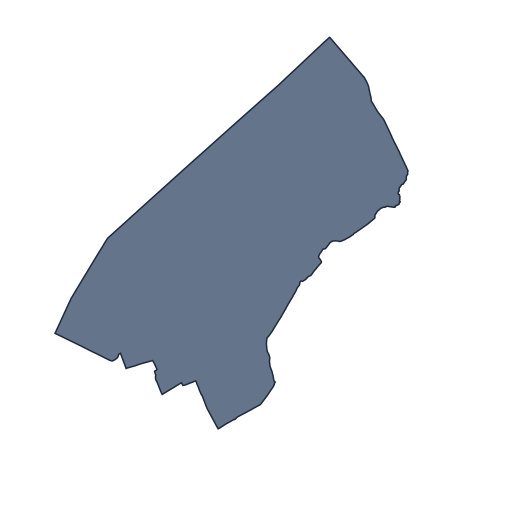 the district of Voicesti, Vâlcea, Romania, rotated 228°
{"feature_id": "2599482B9823513277146", "entity_name": "Voicesti", "entity_type": "district", "adm_level": 2, "iso_a3": "ROU", "parent_name": "Romania", "parent_adm1": "Vâlcea", "projection": "mercator", "projection_center": [24.291, 44.596], "detail": "fine", "context": "isolated", "style": "filled", "palette": "slate", "viewbox_px": 512, "rotation_deg": 228, "n_neighbors": 0, "source": "geoboundaries", "source_scale": "gbopen_adm2", "svg_char_len": 5984}
<svg xmlns="http://www.w3.org/2000/svg" viewBox="0 0 512 512"><g transform="rotate(228 256 256)"><path d="M368.6,248.7L368.6,223.7L368.6,223.2L368.6,211.6L368.6,211.1L368.6,198.5L368.5,195.6L368.6,191.3L368.5,184.5L368.5,176.6L368.5,172.3L368.5,171.8L368.5,169.4L368.5,164.9L368.5,162.0L368.5,158.6L368.5,158.3L368.5,157.6L368.2,156.5L366.7,151.3L366.6,150.8L366.5,150.7L365.8,148.6L364.2,142.9L359.3,126.7L356.7,118.2L356.4,117.1L356.2,116.4L349.8,95.5L348.2,90.3L348.1,89.9L348.0,89.7L347.7,89.2L346.3,85.8L333.0,54.9L308.3,64.9L301.9,67.4L295.4,69.9L289.7,72.3L276.3,77.5L274.2,78.9L273.6,80.7L273.2,82.6L273.2,84.5L273.5,85.8L273.8,86.6L274.8,88.1L274.4,90.2L259.3,84.2L259.1,84.9L256.8,89.7L255.3,92.6L253.5,97.1L251.8,100.6L249.7,104.7L247.6,109.1L245.7,108.9L241.2,107.6L238.3,106.7L237.8,105.5L238.2,104.2L238.2,103.5L234.0,101.4L233.4,100.3L232.4,99.5L230.8,98.6L228.8,98.2L218.3,94.3L215.9,93.6L215.0,98.3L211.7,115.8L208.8,115.0L207.5,117.0L203.6,127.5L202.6,127.5L201.2,126.8L200.6,126.5L198.4,125.9L196.0,124.9L194.4,124.2L190.1,122.8L189.0,122.5L188.8,122.5L188.5,122.5L188.1,122.6L187.8,122.4L185.8,121.6L177.8,118.5L175.6,117.7L174.5,117.4L162.1,114.4L157.2,113.2L152.9,112.2L152.4,114.1L151.4,120.8L149.3,129.9L149.1,130.7L148.8,130.7L148.6,131.7L148.6,131.9L148.9,133.7L148.8,134.1L148.4,136.2L146.1,145.2L143.4,156.8L142.7,159.5L142.7,159.9L142.8,160.6L143.0,161.9L143.7,165.5L144.9,171.5L146.4,177.4L147.4,181.7L147.8,182.5L148.4,183.7L149.1,184.9L149.3,185.4L149.4,186.0L150.3,185.7L151.1,185.9L152.7,186.7L155.2,188.3L159.3,190.5L164.6,192.6L165.4,193.1L167.1,194.4L168.8,195.6L169.5,196.4L171.3,198.3L173.5,199.3L175.0,199.9L176.4,200.2L177.6,200.6L180.0,202.1L181.0,202.9L183.3,204.6L185.5,206.7L186.7,208.2L187.2,208.7L187.7,209.2L188.0,212.1L188.2,213.1L188.4,214.0L188.6,214.9L189.5,218.8L189.8,219.5L193.3,231.2L193.3,231.9L194.5,235.3L194.8,236.1L194.9,236.6L195.4,238.1L195.7,239.1L195.9,239.7L196.3,240.6L196.4,241.2L196.5,241.8L196.5,242.1L197.2,243.4L197.9,245.5L198.0,246.1L198.6,247.4L199.2,249.7L199.5,250.4L199.7,251.1L199.9,251.8L200.2,252.4L200.5,253.8L200.9,255.2L201.9,257.7L202.2,258.9L202.8,260.6L203.0,261.5L204.1,264.0L204.4,264.5L204.8,265.6L205.0,266.7L205.2,268.1L205.3,268.5L205.7,269.4L206.2,270.0L206.8,270.8L207.3,271.7L207.3,271.9L207.3,272.4L207.0,272.9L206.7,273.2L206.2,273.5L205.9,274.1L205.8,274.8L205.4,276.8L205.4,277.6L205.4,278.1L205.5,278.5L205.5,279.1L205.7,280.1L205.7,280.8L205.5,281.7L205.4,282.3L205.3,282.5L205.0,283.1L204.9,283.4L204.9,283.8L204.9,284.1L205.1,285.4L205.4,286.6L205.6,287.3L206.1,289.8L206.2,290.9L206.2,291.6L206.7,294.3L206.8,295.1L207.0,296.4L207.1,296.9L207.2,297.2L207.2,297.8L207.2,298.1L207.2,298.4L207.3,298.6L207.3,299.6L207.4,300.0L207.6,300.4L207.9,300.7L208.2,300.9L208.9,301.1L210.4,301.4L211.1,301.4L212.3,301.5L212.5,301.5L212.8,301.6L213.4,302.0L213.7,302.2L214.2,303.2L214.8,304.4L215.0,305.2L215.3,307.1L215.9,308.9L216.2,309.7L216.3,310.2L216.2,310.5L215.9,311.0L215.4,311.6L215.2,312.0L215.1,312.6L215.1,313.1L215.3,314.6L215.5,315.5L215.9,317.8L216.1,318.7L216.3,319.6L216.4,320.6L216.3,321.2L216.0,321.7L215.9,322.1L215.9,323.1L215.2,323.8L214.1,325.1L212.6,326.7L211.1,327.6L210.8,327.9L210.4,328.5L209.6,330.2L209.3,331.5L208.8,332.7L208.5,334.1L208.1,335.9L207.7,337.4L207.5,338.8L207.3,340.0L207.1,341.9L206.9,342.4L207.2,343.4L207.1,344.6L206.8,345.7L206.6,347.2L206.4,349.2L206.0,351.8L205.7,354.7L204.9,361.3L204.9,364.4L204.7,367.1L204.7,369.4L204.9,369.9L205.1,370.3L205.5,370.6L206.1,370.8L206.3,371.1L207.1,372.5L207.2,372.8L207.2,373.6L207.3,373.8L207.5,374.2L207.7,374.7L207.8,375.4L207.9,376.2L208.0,377.0L208.1,377.4L207.9,378.2L207.8,378.9L207.9,379.1L208.0,379.6L208.0,380.3L207.7,381.2L207.5,381.7L207.3,382.2L207.1,382.9L207.0,383.3L206.8,383.6L206.1,384.2L205.9,384.4L205.9,384.7L206.0,385.1L206.0,385.3L205.8,385.6L205.7,385.8L205.5,386.0L205.4,386.0L205.1,386.9L204.8,387.2L204.2,387.7L203.8,387.9L203.5,388.0L203.3,388.2L203.0,388.6L202.6,388.9L202.3,389.4L201.8,389.6L201.6,389.6L201.4,389.8L201.0,390.3L200.6,390.6L200.3,390.8L199.7,391.3L199.4,391.8L199.3,392.2L199.3,392.5L199.5,392.8L199.8,392.8L199.9,393.0L199.6,394.3L199.1,395.3L199.1,395.5L199.0,396.1L198.9,396.3L198.8,396.6L198.8,396.8L198.8,397.0L199.2,397.6L199.5,397.8L199.6,398.0L199.6,399.1L199.6,399.3L199.8,399.4L200.1,399.5L200.3,399.4L200.6,399.3L200.9,399.4L201.1,399.6L201.3,399.9L201.3,400.2L201.5,400.5L201.7,400.8L202.3,401.1L202.7,401.4L203.5,402.5L203.9,402.7L204.9,403.1L205.7,403.7L206.4,403.3L206.9,403.4L207.4,403.5L207.6,403.7L207.9,404.1L208.6,405.1L208.6,405.3L208.3,405.4L208.3,405.5L208.6,405.9L209.0,406.2L209.3,406.7L209.5,406.9L209.9,407.1L210.6,407.7L210.8,408.1L210.9,408.4L211.0,408.7L210.8,409.6L210.9,409.9L211.4,411.1L211.6,411.8L211.6,412.4L211.4,412.8L211.3,413.0L211.1,413.0L211.0,413.4L211.0,413.7L211.3,414.9L211.6,416.0L211.8,416.8L211.9,417.9L212.0,418.4L212.1,418.7L212.8,419.4L214.0,420.4L214.4,420.9L214.8,421.6L215.0,422.6L215.3,423.5L215.6,423.9L216.0,424.0L216.3,424.2L216.9,424.8L217.2,425.3L217.2,425.5L217.3,425.8L218.4,426.2L218.9,426.4L219.6,426.6L222.3,427.5L223.7,427.8L225.3,428.4L226.2,428.6L227.7,429.1L229.5,429.6L233.1,430.7L234.6,431.1L238.2,432.4L240.0,432.8L244.9,434.2L247.5,434.8L249.2,435.3L250.5,435.7L253.1,436.4L254.7,437.1L256.2,437.5L258.4,438.2L259.8,438.6L261.4,439.1L264.4,440.0L266.7,440.7L268.4,441.2L268.8,441.3L269.1,441.4L269.5,441.4L270.1,441.7L271.0,442.0L273.3,442.4L280.1,442.8L280.7,442.9L281.5,443.0L283.7,443.3L285.3,443.7L286.2,443.8L288.7,444.4L294.0,445.4L294.4,445.7L295.6,446.6L297.0,447.6L297.9,448.1L299.0,448.6L299.4,448.9L299.9,449.1L307.1,453.3L310.1,454.4L315.2,455.7L316.6,456.0L318.2,455.9L369.2,457.1L369.3,457.0L369.3,456.9L369.3,452.0L369.3,449.9L369.3,449.4L369.3,448.5L369.2,446.4L369.1,438.9L368.6,417.1L368.0,388.8L367.9,388.7L368.1,373.3L368.1,370.3L368.1,370.0L368.4,329.5L368.5,291.0L368.5,289.9L368.6,275.3L368.6,248.7Z" fill="#64748b" stroke="#1e293b" stroke-width="1.5"/></g></svg>